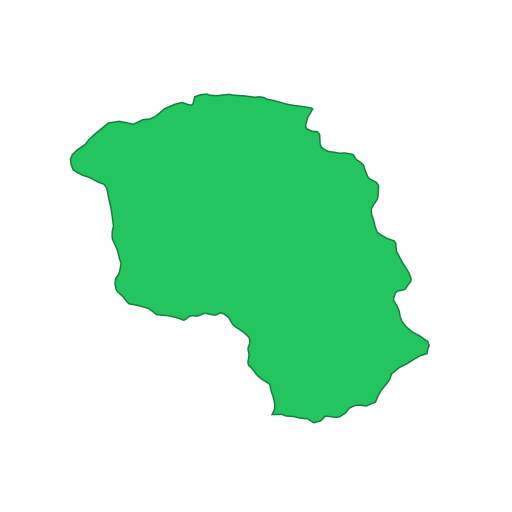 Dunglegang, Chirang, Bhutan, rotated 245°
{"feature_id": "84629894B69062019287868", "entity_name": "Dunglegang", "entity_type": "district", "adm_level": 2, "iso_a3": "BTN", "parent_name": "Bhutan", "parent_adm1": "Chirang", "projection": "albers", "projection_center": [90.201, 27.012], "detail": "fine", "context": "isolated", "style": "filled", "palette": "green", "viewbox_px": 512, "rotation_deg": 245, "n_neighbors": 0, "source": "geoboundaries", "source_scale": "gbopen_adm2", "svg_char_len": 3823}
<svg xmlns="http://www.w3.org/2000/svg" viewBox="0 0 512 512"><g transform="rotate(245 256 256)"><path d="M339.8,365.0L342.9,364.0L345.2,359.6L347.9,357.4L349.3,356.2L350.9,355.5L352.5,355.8L354.1,356.7L355.6,357.8L356.6,359.0L358.4,360.1L359.9,361.6L361.6,364.2L364.0,367.6L365.2,369.5L366.5,368.9L367.3,367.9L368.2,366.6L369.3,365.0L370.3,363.5L371.3,362.1L372.3,360.6L373.2,359.1L374.1,357.6L375.1,356.1L376.0,354.6L377.0,353.1L378.0,351.7L379.0,350.2L380.1,348.8L381.2,347.4L382.3,346.1L383.5,344.7L384.6,343.4L385.8,342.1L386.9,340.7L388.0,339.4L389.2,338.0L390.2,336.6L391.3,335.2L392.3,333.7L393.2,332.4L396.5,329.9L398.9,326.2L400.3,322.1L401.3,320.6L402.2,319.1L403.2,317.6L404.1,316.1L405.1,314.6L406.0,313.1L406.9,311.6L407.7,310.0L408.6,308.5L409.4,306.9L410.3,305.4L411.1,303.9L413.8,300.1L415.9,294.0L417.9,288.1L421.4,281.8L423.5,279.9L425.6,273.9L426.2,267.8L420.5,263.2L420.0,260.8L422.8,257.5L426.4,253.9L427.8,246.3L428.1,235.3L426.1,228.4L425.0,223.2L425.0,217.9L427.3,211.2L427.3,200.4L430.9,195.7L435.8,189.1L438.9,178.6L436.2,167.7L434.2,160.0L432.0,153.6L429.3,148.3L427.7,138.7L425.4,132.3L422.2,128.7L416.9,127.1L411.1,126.7L407.1,129.5L402.3,133.1L397.6,138.3L389.6,144.2L385.2,148.6L380.5,149.4L375.7,148.2L369.0,146.6L361.4,145.0L351.9,142.2L343.2,139.4L341.2,137.7L339.2,136.2L334.5,133.8L331.3,133.0L321.8,133.0L317.4,132.5L310.9,131.1L306.5,130.7L302.9,128.3L297.8,124.3L295.0,119.5L291.0,116.7L285.1,115.1L281.9,115.5L275.2,118.3L271.6,119.1L266.4,120.6L262.1,126.7L258.9,130.7L254.1,136.2L249.3,139.0L245.1,140.9L241.5,146.8L238.9,151.4L233.8,157.8L231.6,160.2L228.3,163.4L228.4,165.5L228.9,167.1L229.3,169.6L229.4,171.0L228.9,173.0L227.4,175.4L226.3,177.6L226.1,179.3L225.9,184.3L225.5,185.7L224.0,188.0L221.1,191.7L220.0,193.4L219.5,195.1L219.4,196.5L219.7,199.4L217.3,202.3L215.3,203.4L212.0,205.2L205.9,205.7L202.6,206.5L200.6,207.3L199.0,208.4L197.4,209.4L194.2,211.3L192.1,212.5L190.1,213.3L187.5,214.5L185.9,215.0L183.9,215.1L182.0,214.7L180.5,214.0L179.2,213.0L175.9,209.9L174.1,209.1L171.6,208.6L169.3,207.9L167.7,206.9L164.2,204.4L161.8,203.3L160.2,203.1L156.4,204.6L151.9,205.8L149.1,206.2L146.2,207.1L141.9,209.2L136.1,213.0L134.3,214.0L132.8,214.1L130.0,213.3L125.5,212.5L121.9,212.2L116.0,211.0L114.8,210.5L113.3,210.1L111.2,209.1L109.1,207.8L107.5,206.0L105.5,203.6L102.3,210.7L101.7,212.3L98.4,215.5L94.3,222.8L90.5,227.3L86.7,233.9L80.5,237.8L79.3,245.1L81.6,251.3L79.5,254.6L78.5,256.2L75.8,260.7L74.9,263.9L75.6,268.5L75.8,270.4L78.7,276.5L78.7,282.4L76.9,287.1L73.4,292.7L73.4,297.1L73.1,302.5L78.4,308.4L81.6,313.1L84.9,320.2L87.6,324.9L92.0,329.2L94.4,339.1L94.5,347.0L95.6,355.1L96.2,362.5L95.6,367.5L95.2,369.7L96.6,370.6L99.8,373.0L101.7,375.1L106.2,375.5L109.3,373.4L113.2,371.3L114.4,370.6L118.0,367.9L121.1,365.5L128.7,362.1L132.2,361.3L135.5,360.7L138.0,360.8L140.3,361.0L142.7,361.8L146.1,362.5L147.7,362.7L151.5,362.7L154.2,362.4L157.5,361.9L159.8,363.0L161.6,365.0L163.7,366.7L164.0,368.0L164.4,369.5L163.6,372.4L162.9,376.0L163.0,377.4L166.1,382.6L168.0,386.0L169.6,386.8L171.1,387.1L174.2,387.4L176.7,387.4L179.8,387.0L182.7,386.7L187.6,386.0L200.8,385.3L205.9,387.0L208.2,388.1L209.7,387.9L211.3,387.6L213.1,385.7L217.0,381.8L220.1,379.8L221.3,378.8L226.3,375.8L230.8,376.2L233.6,376.6L234.9,377.0L239.6,377.8L241.8,378.1L243.2,378.2L245.6,378.6L249.6,380.2L252.3,383.4L254.0,386.3L255.1,388.2L256.3,390.0L257.7,391.2L260.6,393.0L264.7,395.2L266.3,395.9L267.9,396.9L271.7,396.2L273.4,395.1L276.5,392.6L278.6,391.3L281.1,390.8L289.5,391.3L292.8,391.9L297.6,389.9L300.9,387.7L303.5,387.1L306.5,387.1L308.1,385.4L311.9,379.9L313.6,375.7L314.4,374.1L316.1,372.1L319.5,366.7L321.8,364.2L322.9,363.5L326.9,361.2L328.6,361.3L330.6,361.5L333.3,362.6L334.8,363.2L336.2,363.7L338.0,364.6L339.8,365.0Z" fill="#22c55e" stroke="#15803d" stroke-width="1.5"/></g></svg>